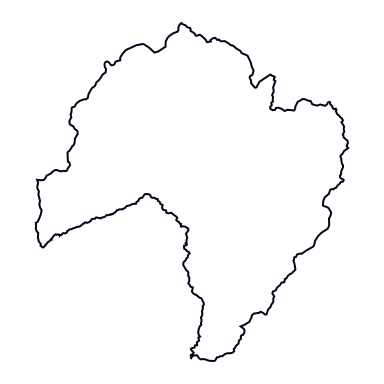 Santa Rosa, Cauca, Colombia (orthographic projection)
{"feature_id": "7082276B65287171655445", "entity_name": "Santa Rosa", "entity_type": "district", "adm_level": 2, "iso_a3": "COL", "parent_name": "Colombia", "parent_adm1": "Cauca", "projection": "orthographic", "projection_center": [-76.572, 1.472], "detail": "fine", "context": "isolated", "style": "outline", "palette": "ink", "viewbox_px": 384, "rotation_deg": 0, "n_neighbors": 0, "source": "geoboundaries", "source_scale": "gbopen_adm2", "svg_char_len": 5916}
<svg xmlns="http://www.w3.org/2000/svg" viewBox="0 0 384 384"><path d="M336.5,109.8L335.8,108.7L334.2,109.2L332.8,108.2L332.1,106.1L330.1,104.0L330.2,102.6L329.7,101.9L328.0,102.4L326.7,104.6L325.1,105.8L320.3,104.5L316.9,105.6L312.2,104.2L310.6,101.0L308.7,100.8L303.9,98.9L302.0,99.3L301.5,99.9L297.8,101.7L295.2,106.9L295.3,108.3L294.2,110.5L287.5,109.8L284.5,111.0L282.1,109.0L278.1,107.6L275.9,108.1L275.0,109.9L272.4,110.1L270.2,108.5L270.1,107.9L270.2,107.0L271.8,105.1L271.2,102.9L273.0,101.5L272.7,100.6L273.0,96.9L272.1,95.0L273.7,91.7L273.2,87.4L275.4,80.9L273.8,80.0L273.9,78.7L274.8,77.3L274.5,76.6L271.8,75.6L270.7,74.6L269.9,74.8L259.5,81.7L256.4,87.4L255.4,87.7L254.6,87.4L251.1,83.2L251.0,80.4L249.6,77.8L249.9,76.4L252.4,74.8L253.6,70.8L251.7,66.5L250.7,62.3L247.5,55.6L241.6,53.1L240.2,50.8L235.9,48.2L233.1,45.7L230.6,45.1L228.8,43.5L224.7,41.1L221.3,41.3L220.1,40.8L219.0,39.5L217.3,40.0L215.1,37.8L212.9,38.3L210.4,40.1L210.8,41.5L206.9,42.1L205.7,39.7L201.0,35.4L199.4,34.7L197.3,35.7L195.7,35.6L194.5,33.4L190.6,30.9L190.4,28.3L186.7,26.9L185.8,25.5L182.3,24.0L181.4,23.0L179.9,24.3L178.5,26.8L178.4,30.1L177.8,31.5L172.8,33.5L169.1,36.1L167.1,38.5L165.7,41.8L165.5,46.7L158.2,51.5L154.5,52.6L149.3,47.8L144.0,44.3L142.8,44.0L136.4,45.2L126.1,49.9L123.0,53.2L120.6,56.8L120.1,58.6L120.3,60.3L116.2,61.4L115.2,62.3L114.6,64.0L113.2,65.1L111.5,65.3L110.6,64.7L109.1,62.5L107.5,61.6L106.8,61.5L105.5,62.1L104.7,63.3L104.5,64.9L104.9,67.1L106.1,69.2L105.5,72.7L103.0,74.1L99.4,79.7L96.4,82.4L95.0,85.9L91.8,88.3L88.6,93.9L87.7,98.1L85.8,99.3L83.3,99.5L79.0,101.3L76.6,103.3L74.4,106.8L72.2,107.3L71.7,108.0L71.5,112.0L70.6,114.6L71.3,117.3L69.4,121.0L69.6,123.8L70.7,125.1L73.0,126.0L74.7,128.9L77.3,130.8L77.7,133.2L77.6,134.2L75.0,138.4L74.5,143.1L73.7,145.0L72.2,146.3L69.8,150.4L67.7,152.1L67.5,152.7L67.9,161.6L69.4,162.5L70.1,165.3L67.9,168.2L67.0,170.4L66.1,171.1L63.4,170.9L60.8,171.4L56.5,170.0L54.7,170.2L52.3,171.9L51.1,173.4L46.6,175.7L45.3,178.3L44.0,179.8L41.8,180.3L37.1,179.8L38.1,182.4L37.2,187.3L37.6,189.0L38.9,191.4L38.4,194.5L40.0,200.6L39.3,204.9L40.3,208.0L41.6,210.0L40.9,214.0L39.3,218.3L37.6,221.9L35.8,222.9L36.1,226.2L35.8,228.7L36.7,231.4L38.2,232.8L37.9,237.3L38.7,241.2L40.8,244.1L40.5,245.8L42.6,247.3L43.2,247.5L44.0,246.9L47.9,242.1L49.2,241.5L50.2,240.1L51.5,239.9L51.4,238.9L51.8,238.9L53.4,236.1L55.1,234.6L55.8,234.3L56.4,234.8L57.9,234.3L58.5,235.0L59.2,234.9L59.6,235.6L59.9,234.8L61.1,235.1L63.0,233.2L65.8,233.3L66.8,232.5L67.3,231.0L68.7,230.3L69.0,229.7L70.6,229.1L71.6,229.3L72.9,228.3L74.7,228.0L77.1,226.7L78.5,226.9L80.0,226.3L83.5,223.5L84.2,223.4L84.7,222.5L85.9,222.4L86.9,222.9L89.1,222.1L90.8,220.8L91.8,219.1L95.2,218.6L96.2,217.4L100.7,218.4L101.2,217.8L105.2,216.7L106.4,215.1L108.8,215.1L109.7,214.5L110.8,214.8L111.4,214.0L112.9,214.1L113.5,213.1L114.9,212.7L117.2,210.0L118.2,210.2L119.2,209.3L122.5,209.3L123.2,208.6L124.6,208.3L126.8,206.0L129.7,205.4L131.7,204.3L134.3,203.7L135.8,203.9L136.6,201.9L137.5,201.6L138.7,200.3L138.9,199.1L140.9,197.9L142.1,197.9L144.6,194.4L146.2,194.0L149.0,194.3L150.2,195.1L151.2,197.4L152.9,197.9L154.4,197.7L156.2,199.0L157.7,199.0L157.9,200.9L159.6,201.7L160.4,203.9L162.6,205.0L162.0,207.9L163.2,209.8L166.1,210.5L166.3,212.6L166.9,213.0L168.8,213.3L171.6,212.7L172.3,213.8L176.7,216.9L177.3,218.1L176.3,219.5L176.5,220.6L179.1,222.1L179.8,223.7L181.1,224.0L180.8,226.4L181.7,226.7L183.4,226.3L185.3,226.7L188.3,228.7L188.4,230.2L186.0,233.7L187.2,237.7L186.6,239.8L186.5,242.1L185.6,243.2L186.8,243.9L186.9,244.5L186.2,245.4L184.1,245.6L184.0,246.7L184.3,248.9L186.2,249.9L186.8,251.1L189.2,252.2L189.6,253.4L187.9,255.3L187.8,257.2L186.4,258.5L185.4,260.6L183.9,261.8L183.3,263.1L183.2,265.0L186.5,270.5L187.6,271.1L188.4,272.7L188.1,275.8L189.2,277.2L189.3,280.7L188.4,282.8L188.4,283.7L189.7,284.7L190.3,286.5L192.9,287.5L191.9,291.5L193.4,293.6L196.9,295.4L199.5,297.7L201.4,298.3L203.9,303.5L203.8,304.9L202.6,306.4L203.0,307.8L202.0,311.5L202.3,312.8L202.1,315.8L200.9,317.4L201.5,319.9L201.4,321.9L200.9,322.9L201.3,324.8L199.8,326.3L198.8,328.6L198.2,332.7L198.8,334.9L200.1,336.6L198.4,337.5L199.1,340.6L196.9,342.3L197.1,345.2L194.9,345.5L194.6,347.5L191.7,348.3L190.9,349.0L191.3,350.1L193.7,352.6L193.2,353.7L190.8,355.1L190.9,358.0L191.2,358.2L192.3,355.9L196.5,355.2L197.4,355.6L198.3,357.3L200.4,359.3L204.2,359.1L209.3,360.8L214.1,361.0L215.2,360.4L217.0,357.3L218.6,357.1L220.6,356.1L222.3,356.2L224.8,354.1L227.2,353.3L230.9,353.2L233.0,352.4L234.2,351.0L233.7,349.2L234.9,348.0L235.6,346.2L238.6,343.5L238.8,340.8L241.0,338.7L240.8,336.1L242.0,335.1L242.9,335.0L244.3,332.8L244.5,330.2L243.9,328.8L240.6,326.4L244.3,324.9L249.3,321.9L251.3,317.8L251.9,315.5L252.4,314.7L254.3,313.5L259.0,312.9L260.4,311.8L262.5,312.5L265.3,314.6L266.5,314.4L268.2,309.3L270.6,306.9L271.1,305.0L273.3,302.0L273.3,298.4L274.2,296.3L272.3,293.4L272.9,291.6L275.8,290.3L277.0,287.7L279.8,285.3L281.6,282.6L284.3,282.2L284.8,279.2L286.5,278.3L287.7,276.1L289.2,274.7L292.1,273.0L295.4,269.6L294.4,263.4L293.4,260.7L294.0,259.8L294.3,257.3L296.1,256.8L297.1,254.5L300.2,253.5L301.5,253.9L306.3,250.5L313.0,246.7L314.1,245.2L315.0,241.0L318.2,235.9L321.7,232.6L327.6,228.8L328.6,226.9L329.2,225.0L329.0,218.5L330.6,215.5L331.2,212.5L328.7,208.2L326.9,207.0L323.3,205.9L322.9,205.2L323.3,200.9L324.8,197.3L328.9,193.8L330.2,189.8L331.4,189.1L333.2,189.4L334.3,188.4L335.9,187.9L337.7,185.3L339.8,183.6L340.9,181.9L342.8,181.7L343.6,180.6L343.5,179.7L340.6,178.1L339.9,176.6L340.0,175.7L341.0,174.4L341.3,171.2L343.1,167.0L343.0,165.4L342.0,163.6L341.2,159.9L341.3,158.6L340.5,157.0L340.6,155.5L342.4,153.9L344.1,151.0L348.2,148.0L346.6,146.1L347.9,143.0L347.5,140.8L343.6,137.3L343.5,135.7L342.7,134.6L344.3,131.6L343.7,128.8L344.1,126.4L341.4,122.2L342.7,121.2L342.8,120.0L341.4,117.9L340.2,117.2L339.5,116.0L337.0,113.9L335.9,111.0L336.5,109.8Z" fill="none" stroke="#020617" stroke-width="2"/></svg>